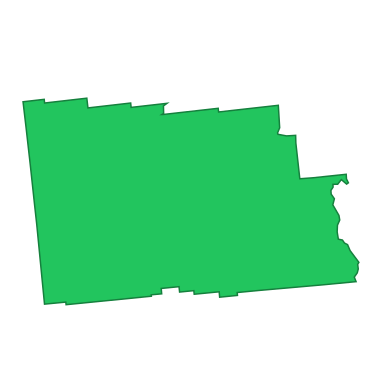 Blaine, Montana, United States of America (Albers equal-area conic projection), rotated 264°
{"feature_id": "52423323B87448243037078", "entity_name": "Blaine", "entity_type": "district", "adm_level": 2, "iso_a3": "USA", "parent_name": "United States of America", "parent_adm1": "Montana", "projection": "albers", "projection_center": [-109.013, 48.36], "detail": "fine", "context": "isolated", "style": "filled", "palette": "green", "viewbox_px": 384, "rotation_deg": 264, "n_neighbors": 0, "source": "geoboundaries", "source_scale": "gbopen_adm2", "svg_char_len": 1024}
<svg xmlns="http://www.w3.org/2000/svg" viewBox="0 0 384 384"><g transform="rotate(264 192 192)"><path d="M193.5,347.2L193.5,313.5L193.9,300.6L229.9,300.4L237.5,301.0L237.9,291.9L240.4,283.5L241.9,283.3L246.7,285.9L269.2,286.9L268.8,226.8L272.5,226.8L272.1,171.0L272.2,170.1L273.1,172.0L280.6,172.6L282.8,176.4L282.5,140.3L286.9,140.3L286.5,97.3L296.3,97.2L295.9,54.7L299.6,54.7L299.4,33.4L274.6,33.7L236.2,34.0L195.7,34.1L175.7,34.2L136.3,33.9L95.9,33.6L95.7,55.0L93.1,55.0L92.6,140.7L94.0,140.7L94.0,141.9L93.9,151.2L99.3,151.3L99.2,169.2L93.8,169.2L93.7,183.5L90.1,183.5L89.9,208.6L84.5,208.5L84.4,226.4L87.3,226.4L87.1,247.9L86.0,313.1L85.7,345.8L90.4,344.5L94.3,347.9L98.1,349.3L102.7,349.2L104.6,350.6L117.2,343.1L123.4,341.2L125.3,338.3L128.5,336.6L129.8,332.6L137.2,332.2L143.8,333.2L148.7,336.0L153.3,335.7L164.5,330.7L170.4,332.9L175.3,330.2L179.0,330.3L182.1,332.8L184.9,333.0L184.5,337.7L188.7,341.8L183.7,346.6L184.8,348.5L188.8,347.0L193.5,347.2Z" fill="#22c55e" stroke="#15803d" stroke-width="1.5"/></g></svg>